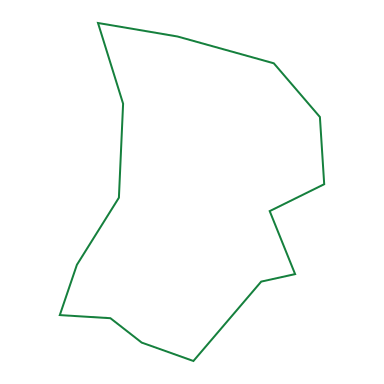 SVG path tracing the border of Bracknell Forest
{"feature_id": "GBR-5702", "entity_name": "Bracknell Forest", "entity_type": "Unitary Authority", "adm_level": 1, "iso_a3": "GBR", "parent_name": "United Kingdom", "parent_adm1": "", "projection": "orthographic", "projection_center": [-0.768, 51.401], "detail": "fine", "context": "isolated", "style": "outline", "palette": "green", "viewbox_px": 384, "rotation_deg": 0, "n_neighbors": 0, "source": "natural_earth", "source_scale": "10m", "svg_char_len": 313}
<svg xmlns="http://www.w3.org/2000/svg" viewBox="0 0 384 384"><path d="M193.4,361.0L141.7,342.6L110.4,318.2L59.8,315.1L76.9,264.8L118.9,197.7L123.1,103.7L98.0,23.0L177.5,36.5L273.8,63.3L319.9,117.0L324.2,184.2L269.7,211.1L295.1,274.1L261.2,281.6L193.4,361.0Z" fill="none" stroke="#15803d" stroke-width="2"/></svg>